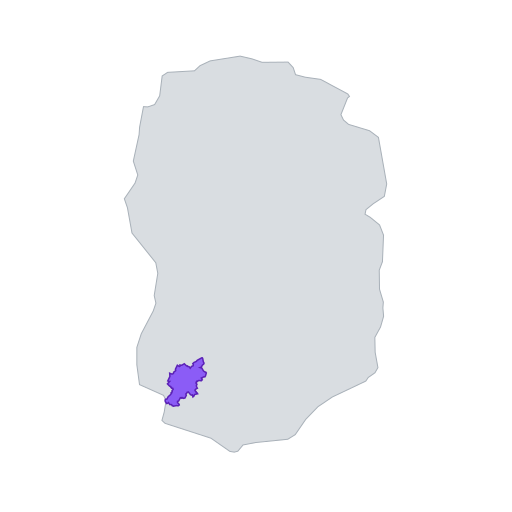 Strumitsa, Strumitsa, North Macedonia (highlighted), rotated 104°
{"feature_id": "65306769B9612885815739", "entity_name": "Strumitsa", "entity_type": "district", "adm_level": 2, "iso_a3": "MKD", "parent_name": "North Macedonia", "parent_adm1": "Strumitsa", "projection": "natural_earth1", "projection_center": [22.651, 41.408], "detail": "fine", "context": "in_parent", "style": "filled", "palette": "violet", "viewbox_px": 512, "rotation_deg": 104, "n_neighbors": 0, "source": "geoboundaries", "source_scale": "gbopen_adm2", "svg_char_len": 2713}
<svg xmlns="http://www.w3.org/2000/svg" viewBox="0 0 512 512"><g transform="rotate(104 256 256)"><path d="M231.4,132.0L239.9,133.0L258.4,128.1L269.9,121.3L275.8,120.3L283.6,117.6L294.8,118.0L306.2,121.0L320.6,117.1L334.8,110.7L340.5,112.3L346.7,117.7L350.8,119.2L374.3,147.8L387.2,159.4L402.4,168.2L419.8,174.7L426.1,180.8L437.1,211.3L442.5,222.9L449.8,226.4L451.6,229.7L451.9,234.1L443.7,255.6L440.4,303.7L438.3,307.5L429.6,307.3L418.0,308.3L413.6,312.0L409.0,337.9L390.4,345.3L373.5,349.5L359.2,348.5L334.2,342.4L326.0,341.7L319.0,345.2L296.6,347.1L286.8,351.6L263.7,381.9L240.3,392.4L232.3,397.6L214.5,391.0L206.0,390.3L193.6,398.0L166.5,398.8L159.2,400.1L138.3,401.3L137.5,397.1L133.6,391.0L123.9,388.2L104.0,390.6L99.2,386.2L91.2,360.5L84.8,356.3L77.8,347.7L65.9,319.8L65.7,307.5L66.6,296.9L60.1,271.8L64.2,265.5L70.5,261.5L70.6,251.4L69.0,236.1L76.6,206.1L78.6,203.9L80.5,205.4L98.3,207.8L102.9,204.0L105.9,198.0L107.0,176.1L111.3,165.9L154.5,146.6L167.1,145.9L176.8,154.8L184.4,160.5L189.1,160.3L190.8,154.6L196.0,143.6L204.9,137.3L231.1,131.9L231.4,132.0Z" fill="#d9dde1" stroke="#a8b0b8" stroke-width="1"/><path d="M403.8,279.3L403.0,280.1L403.1,280.6L402.1,281.3L402.3,281.7L400.9,282.8L399.3,281.9L398.5,280.9L397.2,282.1L395.8,282.6L395.1,282.2L394.3,282.8L393.2,283.1L393.4,283.5L392.3,283.4L391.8,283.2L391.7,282.3L391.1,282.1L390.6,281.3L390.3,278.9L389.1,278.2L388.3,279.2L387.4,278.7L387.3,279.1L385.8,277.3L385.7,276.4L384.6,276.0L381.5,275.9L380.8,276.7L381.0,277.1L380.3,279.1L377.9,281.4L377.8,283.3L376.9,282.1L375.0,281.7L373.5,280.6L372.5,280.5L371.4,281.5L368.4,282.9L367.8,283.4L367.9,284.0L371.4,287.8L372.7,288.4L374.3,290.4L375.7,291.3L376.4,290.6L377.7,290.4L378.7,291.8L380.8,292.7L379.7,293.9L379.7,295.7L379.2,295.9L379.4,296.9L377.9,299.5L380.0,301.7L380.2,303.4L381.0,303.0L381.8,303.7L381.0,305.9L385.3,306.8L386.7,306.2L388.7,307.8L389.9,307.7L390.6,308.3L390.9,309.4L390.6,311.4L393.7,310.4L398.6,311.4L398.9,310.2L398.7,309.5L401.5,311.0L403.2,308.3L403.2,307.4L403.9,307.0L403.9,306.3L404.7,306.0L404.5,304.7L405.5,304.1L406.8,304.9L407.8,304.5L409.2,305.2L409.3,304.7L411.2,305.4L413.8,307.2L416.4,307.8L416.9,309.2L417.4,309.3L418.4,309.2L419.0,308.9L419.5,308.6L419.9,307.8L420.8,307.1L420.3,306.1L419.4,305.5L421.0,303.7L420.6,302.0L421.5,301.2L421.4,300.5L421.8,300.0L420.4,297.0L420.2,295.3L419.1,294.4L418.5,294.7L417.2,296.7L416.0,297.0L415.5,296.0L411.8,295.1L412.0,294.1L411.5,294.0L411.7,293.1L411.2,292.8L411.7,292.0L411.0,290.6L408.0,289.9L406.9,290.7L405.6,289.9L404.9,289.9L404.3,288.7L406.4,286.0L406.6,284.8L406.2,284.2L408.0,283.1L406.8,282.3L406.3,282.6L406.1,282.2L405.2,282.0L403.8,279.3Z" fill="#8b5cf6" stroke="#5b21b6" stroke-width="1.5"/></g></svg>